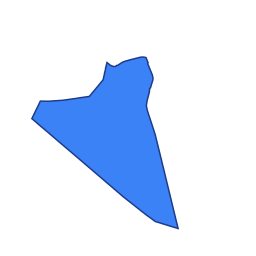 Ash Shaykh Othman, `Adan, Yemen (Natural Earth projection), rotated 117°
{"feature_id": "15242507B79114247407724", "entity_name": "Ash Shaykh Othman", "entity_type": "district", "adm_level": 2, "iso_a3": "YEM", "parent_name": "Yemen", "parent_adm1": "`Adan", "projection": "natural_earth1", "projection_center": [45.012, 12.885], "detail": "fine", "context": "isolated", "style": "filled", "palette": "blue", "viewbox_px": 256, "rotation_deg": 117, "n_neighbors": 0, "source": "geoboundaries", "source_scale": "gbopen_adm2", "svg_char_len": 2802}
<svg xmlns="http://www.w3.org/2000/svg" viewBox="0 0 256 256"><g transform="rotate(117 128 128)"><path d="M194.8,37.7L194.5,38.0L173.8,55.8L171.8,57.5L154.7,72.2L147.9,78.0L144.7,80.8L142.1,83.0L122.7,99.8L122.3,100.1L121.2,101.1L117.9,104.4L116.3,106.0L115.4,106.9L113.4,108.9L111.5,110.8L108.9,113.4L106.5,115.9L103.3,119.0L102.9,119.4L101.6,120.3L101.4,120.5L101.0,120.8L100.1,121.6L99.9,121.7L96.5,122.9L95.9,123.1L93.6,123.7L92.8,123.9L90.6,124.3L89.1,124.7L88.8,124.7L87.7,125.0L87.4,125.0L86.3,125.3L86.2,125.4L85.9,125.4L85.7,125.5L85.3,125.7L84.9,125.8L84.5,126.1L84.3,126.1L84.1,126.2L83.9,126.2L83.7,126.4L83.4,126.6L83.1,126.6L82.9,126.6L82.6,126.5L82.1,126.2L81.7,126.3L81.2,126.3L80.9,126.4L78.6,126.9L78.4,126.9L77.7,127.0L74.0,127.6L72.2,128.4L71.2,129.2L70.6,129.6L70.2,130.0L69.7,130.4L68.3,132.0L67.0,133.5L66.8,133.8L66.4,134.3L65.2,135.6L64.5,136.4L63.2,137.9L62.6,138.7L62.2,139.3L61.9,139.7L60.7,139.7L58.9,141.9L57.1,143.9L57.1,144.0L57.2,144.6L57.3,145.0L57.5,145.5L57.7,146.1L57.9,146.5L57.9,146.8L58.2,147.4L58.5,147.8L58.6,148.0L59.2,148.9L59.6,149.5L59.8,149.7L60.1,150.0L63.0,153.3L64.0,154.4L64.3,154.8L66.2,157.0L68.3,159.2L69.2,160.3L69.6,160.7L70.1,161.1L70.5,161.5L70.9,161.9L71.5,162.4L71.8,162.7L72.9,163.4L73.8,163.9L74.1,164.1L74.5,164.3L75.2,164.7L76.0,165.2L76.4,165.4L77.2,165.9L77.4,166.2L77.5,166.6L78.0,166.7L79.1,167.5L79.6,168.4L79.8,169.3L80.0,170.7L80.1,172.3L79.8,173.6L79.7,174.1L79.5,174.8L79.3,175.9L79.2,176.4L83.4,175.5L84.7,175.2L86.9,174.4L88.8,174.1L91.1,173.4L91.7,173.2L92.3,173.1L95.8,172.2L96.1,172.1L97.4,172.2L97.8,172.4L98.1,172.5L98.6,172.6L99.1,172.7L99.5,172.8L100.0,172.9L100.3,172.9L100.5,173.0L102.4,173.4L103.8,173.7L108.3,174.7L117.4,176.8L121.6,182.7L122.9,184.6L125.2,187.7L132.7,198.4L133.5,199.7L140.2,210.9L143.4,217.4L143.8,218.3L147.3,218.2L154.2,218.1L163.3,217.9L164.2,214.1L165.6,208.5L165.9,207.2L166.5,204.8L167.0,202.4L167.8,199.1L170.3,188.8L171.6,183.5L177.2,159.9L183.2,135.1L185.6,125.1L186.3,122.2L191.4,101.2L192.7,94.7L192.7,94.3L192.8,94.0L192.9,93.8L192.9,93.4L193.0,93.2L193.1,92.8L193.2,92.3L193.2,91.9L193.3,91.4L193.4,91.1L193.5,90.6L193.7,89.8L193.8,88.9L194.0,88.0L194.1,87.4L194.2,86.9L194.4,86.2L194.5,85.6L194.7,84.8L194.9,83.6L195.1,82.8L195.3,81.4L195.5,80.6L195.6,79.8L195.9,78.8L196.1,77.7L196.2,77.0L196.4,76.1L196.6,74.9L196.9,73.7L197.1,72.8L197.1,72.4L197.2,72.0L197.4,70.9L197.5,70.1L197.6,69.4L197.7,68.9L197.7,68.6L197.9,67.8L198.0,66.8L198.2,65.6L198.3,64.7L198.5,64.0L198.7,62.9L198.8,61.7L198.9,61.3L198.7,59.8L198.4,58.4L198.2,57.2L198.0,56.1L197.8,54.9L197.6,53.4L197.3,52.0L197.1,50.7L196.8,49.1L196.6,47.7L196.4,46.8L196.3,46.2L196.0,44.3L195.9,43.7L195.7,42.6L195.4,41.1L195.2,39.8L195.0,38.8L194.9,38.0L194.8,37.7Z" fill="#3b82f6" stroke="#1e3a8a" stroke-width="1.5"/></g></svg>